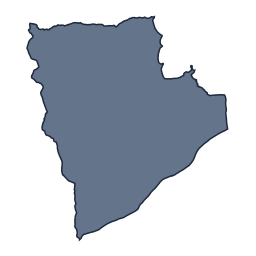 Sandan, Kâmpóng Thum, Cambodia, rotated 179°
{"feature_id": "14789045B38871502259240", "entity_name": "Sandan", "entity_type": "district", "adm_level": 2, "iso_a3": "KHM", "parent_name": "Cambodia", "parent_adm1": "Kâmpóng Thum", "projection": "albers", "projection_center": [105.429, 13.113], "detail": "fine", "context": "isolated", "style": "filled", "palette": "slate", "viewbox_px": 256, "rotation_deg": 179, "n_neighbors": 0, "source": "geoboundaries", "source_scale": "gbopen_adm2", "svg_char_len": 5871}
<svg xmlns="http://www.w3.org/2000/svg" viewBox="0 0 256 256"><g transform="rotate(179 128 128)"><path d="M31.1,159.4L34.7,159.6L39.4,159.5L45.8,159.0L46.4,159.5L48.0,160.2L48.2,160.5L48.1,161.7L48.5,161.8L49.4,162.9L50.1,163.2L50.8,164.3L51.7,165.1L51.6,165.3L52.9,166.1L53.3,167.0L54.6,167.4L54.8,167.6L56.1,167.7L56.7,168.0L56.5,168.3L57.0,168.4L57.1,168.8L57.3,169.1L57.7,169.1L57.5,169.5L57.8,170.0L57.6,170.8L57.9,170.8L57.9,171.0L58.2,171.3L58.5,172.1L58.4,172.7L58.6,172.9L58.7,173.3L59.0,173.5L58.7,173.8L58.8,174.1L58.7,174.6L58.7,174.9L58.9,175.1L59.3,175.1L59.7,175.0L59.7,175.3L59.9,175.4L60.1,175.4L61.2,176.1L61.8,176.2L62.4,177.1L62.8,177.4L63.0,178.3L63.3,178.5L63.5,179.1L63.9,179.6L63.2,180.9L62.6,181.0L61.7,182.0L61.0,182.5L60.3,184.6L61.0,184.4L61.8,184.8L62.2,185.2L63.0,187.2L63.0,187.6L62.7,188.3L62.8,188.9L63.3,189.2L63.8,189.3L64.2,188.8L64.3,188.4L63.6,186.9L63.5,186.2L63.5,185.5L63.9,184.3L65.5,183.4L66.2,182.7L66.6,182.5L68.4,183.1L68.9,183.1L69.9,182.5L70.7,182.0L71.3,181.0L71.4,180.7L71.3,179.7L73.1,178.8L75.0,177.8L77.3,177.0L78.8,176.8L81.6,176.8L84.3,176.3L84.6,176.5L86.5,176.4L90.1,176.6L91.0,177.2L92.0,179.1L92.8,181.5L93.5,184.4L93.7,185.6L93.7,186.4L93.0,188.7L91.6,191.2L91.6,191.7L91.7,191.8L92.0,192.0L93.5,191.3L94.7,191.7L95.7,192.5L96.2,193.3L96.4,194.0L96.8,197.1L96.4,201.3L95.1,205.9L94.3,207.6L92.2,209.1L92.2,209.3L92.6,209.8L93.3,210.3L94.0,211.4L94.4,212.8L94.4,213.6L94.1,215.9L92.3,219.3L92.3,219.8L92.7,220.2L93.6,220.6L96.1,222.7L97.2,223.9L99.3,227.3L100.4,230.9L101.4,235.0L101.4,235.6L100.8,236.6L99.8,237.9L99.7,238.3L99.7,238.9L100.9,238.4L101.3,238.4L102.3,238.9L102.8,238.8L104.1,237.7L106.2,237.3L107.4,237.5L109.2,238.5L109.8,238.5L110.4,238.0L110.9,237.9L112.0,237.8L112.7,238.1L114.2,238.3L115.7,238.3L116.9,237.7L119.7,238.3L121.6,238.3L122.9,237.8L123.0,237.5L124.3,237.6L125.2,236.9L127.4,235.7L129.1,235.4L131.3,234.4L132.5,233.3L133.8,232.9L134.9,232.2L137.2,229.9L137.9,229.4L138.3,229.3L138.7,229.4L139.5,230.6L140.1,230.8L140.9,230.8L142.0,230.4L143.9,230.6L146.3,230.6L148.9,230.2L150.1,230.5L151.6,231.7L152.6,232.1L154.6,232.0L155.8,232.2L156.9,231.9L158.2,231.9L159.1,232.1L159.4,232.4L160.2,232.5L160.5,232.4L161.6,232.5L162.5,232.4L164.1,232.0L165.5,232.1L166.1,231.8L167.7,232.2L168.1,232.1L168.3,232.2L169.5,232.1L169.8,232.5L170.9,232.5L172.3,233.2L173.6,234.1L174.8,233.6L175.0,233.9L175.3,233.9L175.8,233.6L176.3,234.0L176.7,234.1L177.0,233.9L177.5,233.9L178.6,234.3L180.9,234.1L182.5,233.4L185.1,232.7L185.7,232.1L186.1,232.2L186.4,232.4L188.5,231.5L189.6,231.2L189.9,231.5L191.0,231.9L191.9,231.9L193.1,232.1L193.9,231.8L195.2,231.9L195.9,232.3L197.1,231.8L197.2,231.5L197.7,231.2L198.3,231.1L198.7,230.8L199.1,230.9L199.4,231.2L200.0,231.2L200.8,230.6L201.3,230.5L201.6,230.1L202.1,229.9L202.4,229.4L202.9,229.0L204.2,228.8L204.7,228.3L204.9,227.8L205.4,227.9L206.4,227.5L206.8,227.6L207.1,228.2L207.8,228.2L210.1,227.5L210.3,227.6L210.4,228.1L210.8,228.4L211.9,228.2L212.8,228.3L214.0,228.0L215.4,228.5L216.0,229.3L216.0,229.6L217.0,230.4L217.2,230.7L217.1,232.0L217.6,232.4L217.8,232.8L218.0,232.9L219.7,233.6L220.3,233.5L220.9,233.8L221.4,233.8L222.0,234.0L224.2,234.3L224.3,234.1L224.5,232.5L224.2,231.9L224.3,230.8L224.0,229.1L224.1,228.9L225.7,227.9L225.8,227.7L224.5,225.1L224.3,224.8L222.9,224.2L222.7,223.2L221.5,221.9L221.4,221.1L221.5,220.6L221.9,220.0L223.7,218.6L224.4,217.8L225.7,215.9L226.4,213.4L227.3,210.9L227.6,209.5L226.4,206.9L226.1,205.0L224.7,202.2L223.7,199.5L222.6,198.7L218.6,197.3L218.3,197.0L217.9,196.5L216.4,192.0L216.2,191.0L216.3,190.2L216.6,189.8L217.5,189.4L218.5,188.4L220.7,187.5L221.1,187.0L221.8,184.8L222.9,182.8L223.4,181.6L223.6,181.0L223.5,180.4L223.1,179.5L221.3,178.5L218.6,175.3L216.6,175.1L215.8,174.5L214.4,174.1L212.5,171.7L212.2,171.0L212.1,170.3L212.2,169.6L214.6,165.2L214.4,163.0L213.1,160.0L212.0,155.3L209.8,149.1L209.3,147.5L208.4,145.8L208.8,145.3L208.7,144.8L210.0,144.0L210.0,143.5L210.2,143.3L210.6,141.5L210.4,141.1L211.1,139.6L211.7,138.9L211.7,137.9L211.4,137.7L211.7,137.3L211.6,136.9L212.6,135.2L213.2,133.7L213.4,133.0L213.3,132.0L213.8,131.3L213.9,131.0L213.8,130.3L213.9,129.5L213.7,128.3L213.4,127.6L211.2,126.1L210.8,124.0L210.1,122.7L209.8,122.4L209.2,122.1L208.5,122.0L207.9,121.8L206.0,120.7L204.6,119.3L203.6,119.1L203.0,118.7L202.7,118.2L202.5,116.7L202.2,116.1L201.5,115.6L200.1,115.2L199.0,111.8L198.9,108.3L198.3,105.5L197.2,102.1L194.6,96.1L194.4,94.0L194.5,92.0L194.9,89.3L195.0,86.8L194.9,85.6L194.3,82.6L194.2,82.4L194.0,82.5L188.4,76.3L182.1,73.6L182.1,73.1L182.3,72.6L182.0,72.0L182.0,71.4L182.4,70.8L182.4,68.8L182.8,67.6L182.8,67.3L182.4,66.8L182.2,66.0L182.4,65.6L182.4,64.7L182.8,64.1L182.5,63.0L182.5,62.4L182.1,61.1L182.1,60.5L182.4,58.8L182.4,57.2L182.1,55.5L181.4,53.6L181.5,53.0L182.2,51.8L182.4,51.2L182.5,50.5L182.0,47.5L181.0,44.6L181.0,43.8L181.2,43.2L182.2,41.0L182.3,39.9L182.3,38.8L182.8,37.0L182.5,35.2L182.8,34.2L182.5,33.3L182.9,30.4L182.5,29.4L181.4,28.0L180.8,26.2L180.6,24.1L180.6,23.5L181.1,21.7L181.1,20.8L180.8,20.0L178.8,18.6L178.4,17.9L178.4,17.1L176.8,18.6L176.2,20.2L174.2,22.4L173.1,22.6L166.0,24.6L165.2,24.6L160.0,26.4L158.7,27.0L156.1,29.0L152.6,31.3L149.8,32.9L147.3,34.0L145.1,34.9L141.4,36.0L139.0,37.2L134.1,38.5L130.4,40.6L123.8,43.9L121.2,45.4L119.3,47.0L117.7,50.4L116.6,51.8L115.0,53.1L113.1,55.5L109.5,59.0L108.2,60.4L106.1,63.3L104.3,65.2L101.6,67.6L96.8,73.4L95.4,74.9L94.1,75.9L92.6,76.7L85.0,79.6L84.9,79.2L82.0,80.4L79.6,82.0L78.9,82.3L76.4,83.9L73.9,85.2L67.6,89.5L65.5,91.8L64.0,93.8L62.9,95.6L61.2,99.6L60.9,100.6L59.5,103.2L57.4,106.2L55.6,107.9L51.8,111.2L48.6,113.5L46.2,115.5L44.6,116.5L38.4,120.2L34.2,122.4L32.1,123.3L28.4,125.2L29.3,131.5L29.5,136.2L30.0,140.8L30.0,141.7L29.4,143.7L29.3,145.3L29.7,146.8L29.9,149.6L30.0,150.9L29.6,154.4L29.7,155.8L30.4,158.4L31.1,159.4Z" fill="#64748b" stroke="#1e293b" stroke-width="1.5"/></g></svg>